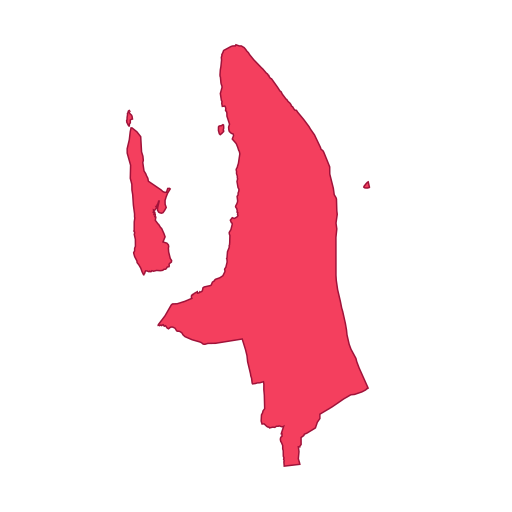 the district of Kaskazini A, Kaskazini-Unguja, United Republic of Tanzania, rotated 353°
{"feature_id": "72390352B77186952625716", "entity_name": "Kaskazini A", "entity_type": "district", "adm_level": 2, "iso_a3": "TZA", "parent_name": "United Republic of Tanzania", "parent_adm1": "Kaskazini-Unguja", "projection": "robinson", "projection_center": [39.277, -5.856], "detail": "fine", "context": "isolated", "style": "filled", "palette": "rose", "viewbox_px": 512, "rotation_deg": 353, "n_neighbors": 0, "source": "geoboundaries", "source_scale": "gbopen_adm2", "svg_char_len": 6110}
<svg xmlns="http://www.w3.org/2000/svg" viewBox="0 0 512 512"><g transform="rotate(353 256 256)"><path d="M351.2,400.8L344.7,379.7L343.1,373.1L342.7,369.8L338.9,360.1L337.7,355.0L336.7,345.3L336.8,340.4L336.5,334.0L335.3,321.7L334.7,318.1L334.2,311.2L332.9,299.3L332.7,289.9L333.0,284.9L337.6,247.2L339.5,239.0L339.4,233.1L341.7,224.5L341.7,221.1L342.8,209.3L342.5,207.8L341.1,204.7L341.0,198.2L339.2,183.7L340.0,176.5L338.2,169.7L335.9,161.2L335.2,159.6L333.5,157.9L333.2,156.1L328.8,142.9L325.4,136.5L324.3,133.9L319.9,126.2L314.9,118.4L314.3,117.1L313.8,116.3L312.6,116.1L311.6,114.8L310.5,112.3L309.5,111.5L309.1,109.9L308.2,108.3L306.6,106.5L305.6,104.4L304.9,103.9L301.8,98.5L300.9,96.0L299.8,95.0L298.0,91.2L293.0,82.0L291.9,81.3L291.0,79.7L290.7,78.4L290.4,78.4L289.6,76.7L288.5,75.7L285.4,71.0L284.4,69.9L277.7,61.0L274.2,55.4L273.2,53.2L271.9,51.6L271.0,49.8L269.6,47.7L267.0,45.7L265.1,45.5L261.8,43.9L261.2,44.9L258.3,44.7L256.7,45.0L249.1,48.0L248.4,48.8L248.4,49.3L246.6,52.0L246.6,52.9L245.8,54.6L245.7,57.3L244.3,63.5L243.3,66.8L242.3,72.0L242.3,73.6L242.5,74.1L242.3,79.8L242.4,81.0L242.9,83.1L242.8,84.6L240.4,90.4L240.6,97.2L241.1,98.6L240.6,100.2L240.8,103.4L243.3,103.4L243.7,104.1L244.0,106.0L243.5,107.8L243.8,108.5L244.3,108.8L244.5,110.7L244.2,113.7L245.8,121.9L244.5,124.8L244.4,127.5L244.7,129.2L246.5,131.3L248.1,132.0L248.4,133.3L248.3,134.0L246.7,137.0L250.1,142.1L251.1,145.8L251.7,149.1L252.2,150.1L252.4,152.7L249.8,162.0L248.5,164.8L248.3,165.7L247.4,166.7L246.8,168.0L247.0,169.6L246.7,171.8L247.2,174.4L247.0,176.2L247.2,177.1L246.2,179.7L246.5,185.9L247.2,187.7L246.8,189.6L245.9,191.3L245.7,193.1L244.5,194.5L244.5,198.9L244.2,200.2L242.9,202.6L242.3,203.2L241.7,204.6L242.1,205.7L242.6,206.3L242.9,208.9L242.5,210.1L243.2,210.6L242.7,212.7L243.1,213.4L242.9,214.0L241.6,215.1L239.0,216.1L237.1,215.1L234.9,217.3L235.6,219.9L236.3,220.5L236.3,221.6L234.3,226.8L232.3,229.3L232.2,230.8L232.6,232.5L231.5,239.7L231.1,241.6L230.5,242.8L230.7,243.7L228.2,248.3L227.0,254.2L226.5,255.1L226.8,255.5L226.6,258.5L224.7,263.5L223.6,264.7L223.2,265.5L223.4,267.0L223.2,267.8L220.7,271.6L217.4,273.2L212.9,274.2L212.0,274.9L211.7,275.5L209.5,276.7L208.1,279.3L207.0,279.8L200.8,280.4L199.5,281.1L198.7,283.5L198.0,284.5L196.7,285.0L196.2,285.0L195.9,284.7L195.5,285.4L193.6,285.9L193.4,285.8L193.4,284.3L190.2,285.6L189.2,286.3L188.5,286.4L188.4,286.9L187.3,287.1L186.8,289.0L187.2,290.2L179.9,292.3L171.9,293.8L167.2,293.4L165.9,294.3L158.4,304.3L150.7,312.2L150.5,312.9L151.2,312.9L151.7,313.4L153.2,312.9L153.9,313.6L155.3,312.8L155.7,313.0L155.9,313.7L156.4,314.5L157.7,314.2L159.1,316.7L160.3,317.6L162.4,316.3L164.0,316.2L165.2,316.7L166.9,317.9L168.1,320.6L169.0,321.1L170.3,321.3L171.6,321.9L173.2,323.5L173.9,325.3L175.7,327.4L182.3,331.3L189.6,334.4L191.2,335.3L192.8,337.0L194.5,337.4L197.5,336.9L205.1,337.7L232.2,336.7L234.2,347.8L234.9,353.8L234.8,359.9L236.2,372.3L236.2,374.2L236.7,376.7L236.7,381.7L237.0,382.5L239.8,382.5L241.9,382.1L244.4,382.3L248.1,381.7L248.2,384.2L247.5,389.6L247.3,395.2L246.0,408.6L244.1,410.6L243.4,412.5L242.1,414.3L241.0,420.4L241.5,423.5L243.6,423.6L246.0,426.5L247.1,427.3L247.6,427.3L248.2,427.7L248.5,428.3L251.8,427.9L253.8,428.4L255.4,427.5L257.5,427.7L258.2,427.4L260.7,428.6L261.9,428.7L262.7,428.4L259.4,435.5L260.1,435.7L259.8,438.1L258.7,438.8L258.1,439.8L257.8,441.3L258.0,443.3L258.4,443.8L259.4,447.4L259.0,450.7L259.3,452.6L258.7,458.1L259.2,459.8L258.6,461.2L259.1,462.8L258.6,463.6L258.4,468.0L274.1,468.1L274.0,466.6L273.3,462.4L274.8,455.5L274.8,450.5L276.2,450.8L276.3,450.2L277.8,448.6L278.6,441.7L281.6,440.0L282.2,438.8L285.0,438.0L294.0,433.9L296.6,428.5L299.6,425.1L300.1,420.8L313.0,415.1L325.7,408.5L333.2,405.3L336.9,405.4L344.5,403.8L348.5,402.3L349.8,401.2L349.9,401.4L351.2,400.8ZM174.9,181.8L173.2,181.7L171.4,180.7L169.8,178.8L158.3,168.7L158.1,165.6L157.0,162.7L156.7,161.2L155.2,157.9L155.0,149.4L155.8,147.4L155.9,143.2L155.1,138.7L156.1,123.5L152.9,118.2L148.6,113.8L147.6,113.6L146.3,117.4L144.4,125.2L141.2,133.8L140.7,138.2L142.6,150.6L140.7,163.6L141.5,169.7L140.9,175.5L141.1,180.2L140.5,190.6L140.6,199.4L140.2,202.6L140.4,203.3L139.3,207.3L138.2,215.9L137.8,216.3L138.3,217.0L138.4,218.3L137.8,219.7L138.3,224.7L137.5,231.7L136.5,233.5L136.1,236.3L135.0,237.6L135.0,238.6L135.5,241.9L137.2,246.4L137.2,248.1L138.6,250.4L140.1,253.9L141.0,257.8L142.1,260.9L142.3,261.0L142.6,260.4L143.2,260.0L144.4,257.5L144.7,257.3L146.1,257.6L147.9,258.6L148.7,258.1L149.3,258.7L150.1,258.7L150.9,257.9L152.4,258.6L155.6,258.2L159.1,258.9L161.2,258.9L162.0,258.7L162.9,258.0L164.5,258.1L165.3,257.7L166.6,256.1L168.4,256.0L168.7,255.0L168.7,253.5L169.7,252.6L171.3,251.7L171.7,250.2L170.6,248.0L169.8,241.4L170.0,237.4L170.5,236.1L170.4,234.3L169.1,232.4L165.4,230.7L168.1,225.9L167.4,222.7L165.7,217.2L164.6,215.8L163.2,212.7L162.7,212.3L160.4,208.3L161.3,205.2L161.1,204.7L160.5,204.8L160.3,204.4L161.0,203.3L161.1,202.6L160.9,202.0L159.7,202.3L159.7,202.0L160.6,201.5L160.7,201.1L160.4,200.8L160.9,200.8L160.9,200.3L160.6,199.9L159.7,199.9L159.6,200.2L159.3,200.0L159.9,199.2L159.9,197.7L160.8,198.3L161.1,198.2L162.8,196.4L163.1,195.3L162.8,194.7L163.7,194.8L163.7,194.0L164.2,193.0L165.0,192.1L166.1,189.6L166.6,189.7L164.3,196.0L163.8,198.4L164.7,200.6L166.0,201.5L167.5,202.0L168.9,201.7L170.7,199.8L172.8,196.9L172.1,193.5L172.5,189.8L173.9,186.6L175.9,182.9L179.0,179.0L178.4,178.3L176.6,178.2L174.9,181.8ZM148.2,96.6L147.9,96.1L146.9,96.7L146.4,98.2L145.8,98.8L145.7,100.2L145.0,102.5L144.6,105.0L144.1,105.7L144.2,106.9L144.0,107.2L145.1,110.5L145.4,110.6L145.7,111.5L146.1,111.5L146.4,109.6L147.5,108.5L147.8,105.7L148.8,105.2L150.1,105.0L150.0,102.2L149.6,101.0L148.5,99.7L147.2,97.3L147.6,96.5L148.2,96.6ZM239.7,123.7L239.7,122.0L239.2,121.6L237.3,122.5L236.2,122.4L235.1,122.6L234.5,123.3L234.0,126.9L234.5,130.2L235.3,131.2L237.2,130.1L237.4,129.7L239.0,128.6L239.2,127.9L238.8,127.0L239.5,125.3L239.7,123.7ZM374.7,202.1L376.6,201.9L377.0,201.6L376.4,196.1L375.6,196.4L373.9,197.8L371.7,200.0L371.4,200.8L372.4,201.7L374.7,202.1Z" fill="#f43f5e" stroke="#9f1239" stroke-width="1.5"/></g></svg>